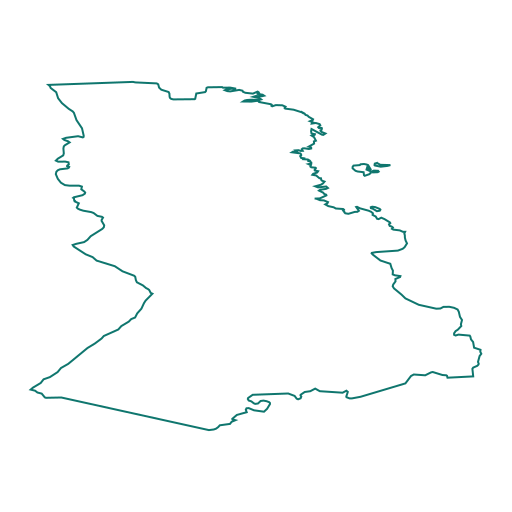 map outline of Karelia (Equal Earth projection)
{"feature_id": "RUS-2353", "entity_name": "Karelia", "entity_type": "Republic", "adm_level": 1, "iso_a3": "RUS", "parent_name": "Russia", "parent_adm1": "", "projection": "equal_earth", "projection_center": [34.102, 63.665], "detail": "fine", "context": "isolated", "style": "outline", "palette": "teal", "viewbox_px": 512, "rotation_deg": 0, "n_neighbors": 0, "source": "natural_earth", "source_scale": "10m", "svg_char_len": 5988}
<svg xmlns="http://www.w3.org/2000/svg" viewBox="0 0 512 512"><path d="M58.1,98.2L56.2,92.2L50.7,88.0L49.9,86.1L48.5,84.9L133.0,81.9L135.3,82.4L156.7,83.4L158.2,84.3L159.1,87.6L161.3,89.7L168.6,92.0L169.4,93.6L169.6,96.8L170.0,97.9L171.2,98.9L173.4,99.4L194.6,99.2L195.2,98.8L196.3,93.5L205.1,92.1L205.9,91.2L206.6,87.8L207.8,87.3L222.1,87.1L223.0,87.7L230.2,87.6L236.1,88.7L233.7,89.0L231.5,88.7L226.3,89.5L224.9,90.2L227.3,91.1L230.2,91.4L239.2,89.9L242.5,90.7L243.0,91.8L245.4,92.8L252.9,93.6L257.6,91.6L258.6,92.2L259.1,93.1L256.7,93.8L262.6,94.7L264.1,95.7L261.6,96.3L255.8,96.0L253.3,96.8L259.6,98.2L261.1,99.4L258.9,100.0L251.3,99.7L247.0,100.0L244.7,100.5L243.1,101.5L251.5,101.6L257.4,100.8L259.4,101.7L258.4,101.9L270.8,104.2L271.7,104.7L271.4,105.8L272.2,106.3L275.8,105.1L282.3,105.3L285.5,106.7L284.6,108.0L285.2,108.6L293.6,109.7L301.8,112.3L303.9,113.7L303.5,113.0L304.6,113.6L305.5,114.9L307.5,115.5L308.7,116.8L313.1,119.3L312.8,120.0L310.0,121.2L312.8,122.3L312.1,122.5L311.7,123.6L315.8,123.0L319.6,124.1L320.3,125.3L318.2,127.2L318.9,128.0L321.6,127.9L321.9,128.2L321.6,129.8L320.4,130.4L320.5,130.9L321.7,132.0L325.4,133.5L323.3,134.9L322.0,134.7L311.5,129.0L311.1,131.2L311.5,133.5L314.9,134.2L314.6,134.9L311.8,135.7L314.0,137.1L315.9,140.7L313.9,141.4L314.1,143.6L308.8,146.6L310.6,147.1L311.2,147.7L311.2,148.5L308.9,149.0L304.5,148.3L302.7,148.4L301.8,149.2L302.7,150.8L300.6,150.9L298.5,150.2L295.5,150.4L296.8,151.6L295.6,151.9L293.1,151.6L292.0,152.3L300.3,153.4L301.1,154.3L301.2,155.3L300.2,156.1L301.2,158.0L303.5,158.2L304.0,158.3L303.4,159.2L307.9,159.5L309.2,160.3L307.5,161.0L309.6,161.2L311.3,162.5L311.3,163.5L308.5,164.1L310.9,165.2L310.4,166.6L311.3,167.3L315.5,167.7L315.9,168.1L314.6,170.0L315.0,170.6L318.1,171.2L317.2,172.5L313.2,173.8L312.4,174.8L316.2,175.5L319.4,178.2L321.0,178.3L321.2,179.8L322.0,180.7L324.5,181.6L323.0,183.4L321.0,184.7L315.2,186.3L318.0,187.4L326.2,186.5L327.9,188.0L326.0,188.9L320.2,189.7L319.0,190.6L323.1,192.6L324.3,194.0L326.2,194.7L326.4,195.4L319.8,198.4L314.6,198.6L316.1,198.6L320.0,200.2L323.9,200.4L328.0,202.1L327.4,203.3L325.3,204.4L328.3,206.1L333.7,207.3L335.8,208.5L343.1,209.0L343.9,209.6L343.1,210.6L344.3,211.4L344.3,212.3L345.3,213.3L348.4,213.8L354.8,211.9L357.4,211.8L358.9,210.8L356.2,207.0L357.0,206.8L359.9,208.3L368.6,210.7L371.1,211.8L372.9,213.3L372.6,214.9L375.7,216.5L377.1,218.8L378.6,219.1L381.3,217.7L384.5,219.1L389.9,222.4L390.3,223.1L389.0,224.3L389.7,225.9L391.6,226.5L392.9,227.5L391.9,228.8L393.3,229.6L399.8,230.4L402.9,231.8L405.1,231.8L404.3,233.6L404.8,235.1L404.9,237.6L405.6,240.5L407.0,243.4L404.6,247.2L402.7,248.8L397.9,250.6L376.1,252.1L371.8,252.9L371.6,253.3L372.9,254.7L380.4,260.5L390.3,263.8L391.6,268.1L392.9,270.6L392.7,274.4L394.9,275.3L400.4,276.1L400.1,277.0L395.4,279.0L395.5,281.4L393.2,284.5L392.7,286.3L394.0,288.4L401.5,294.6L405.4,298.4L418.8,304.8L436.3,308.7L440.4,308.5L443.4,306.9L449.3,306.8L454.0,307.8L457.6,309.5L458.8,311.8L460.0,316.9L462.0,320.0L460.9,324.3L461.3,326.0L457.8,329.7L455.6,331.1L454.1,333.3L454.1,334.8L455.6,335.5L458.5,334.6L469.7,335.6L470.3,336.5L471.0,339.4L473.1,342.0L474.1,347.7L480.5,349.8L480.3,351.8L481.3,353.8L479.6,356.0L478.0,361.9L478.7,363.7L478.5,364.5L477.3,365.8L473.2,367.6L472.4,368.8L473.2,376.4L447.5,377.7L447.0,375.8L446.3,375.3L442.4,375.0L432.7,372.0L431.0,372.4L425.2,375.3L413.8,374.5L411.0,376.0L405.4,383.4L360.5,396.8L351.9,398.4L349.6,398.4L346.5,397.2L346.3,396.5L347.8,391.9L346.4,390.7L342.6,392.7L319.8,391.2L315.2,388.6L310.3,391.2L304.7,392.0L300.6,394.8L300.5,395.4L301.3,396.6L300.6,398.3L298.1,399.3L296.7,398.7L294.6,395.9L288.2,393.5L252.7,394.8L248.1,398.0L247.8,399.0L248.7,400.5L251.4,401.4L253.8,403.3L255.2,403.9L258.0,403.5L260.6,401.0L263.5,400.6L266.6,401.2L269.2,402.2L269.9,402.9L270.0,404.0L267.1,408.8L264.0,411.7L254.0,410.3L248.7,408.1L246.5,408.3L245.8,409.7L246.7,412.2L236.9,414.9L232.3,418.8L232.4,419.3L235.4,420.2L231.6,421.8L230.0,423.9L219.8,425.3L218.2,427.1L216.0,428.7L213.7,429.5L208.9,430.1L61.3,397.5L46.0,397.8L44.8,397.4L41.7,393.6L37.4,392.5L35.1,390.7L30.7,389.6L33.0,387.6L40.7,383.0L43.6,379.3L49.9,377.1L57.6,372.1L61.0,368.0L68.2,363.9L87.5,348.0L94.9,343.5L101.6,338.5L103.8,336.0L118.3,329.5L121.3,326.1L128.8,321.6L131.2,319.1L135.1,317.5L137.2,313.4L141.4,308.7L144.0,303.1L145.6,300.6L152.4,293.7L150.7,292.9L149.2,290.0L147.9,289.0L146.1,288.1L142.9,285.4L136.9,282.3L135.9,280.2L135.2,276.7L134.1,275.7L122.5,271.3L114.8,266.2L96.6,260.6L92.6,257.1L85.7,254.3L73.7,246.5L72.7,245.0L76.4,243.8L84.1,242.1L87.4,239.9L90.7,236.2L102.3,228.9L103.8,227.3L104.2,225.3L101.6,220.9L101.6,220.0L103.0,217.6L101.9,216.8L97.4,215.9L93.6,213.0L91.2,212.1L83.3,210.7L79.8,209.6L77.8,208.6L76.8,207.6L78.8,203.3L74.9,201.5L75.0,201.0L74.3,200.7L73.9,198.2L73.2,197.8L73.8,197.3L82.5,195.2L84.8,193.7L85.2,192.6L84.3,191.5L81.3,189.3L81.9,186.6L79.1,185.7L69.8,185.7L64.9,185.1L60.9,182.7L57.8,178.8L55.8,174.1L56.4,171.7L57.9,170.2L60.0,169.3L67.6,168.4L68.9,167.6L69.2,166.9L67.1,166.1L67.2,165.6L68.8,164.4L68.5,162.3L65.2,161.6L58.2,161.7L55.9,160.6L57.8,158.7L63.2,155.4L63.8,153.4L63.4,148.5L63.8,146.4L64.8,145.3L69.6,142.4L68.1,141.3L64.4,140.0L63.0,138.9L66.1,137.8L78.1,136.2L82.8,137.4L83.6,136.9L83.7,135.7L82.0,128.3L76.5,120.1L73.9,112.8L72.7,111.4L68.7,108.8L61.9,103.1L58.1,98.2ZM370.4,171.2L370.7,173.0L369.3,174.2L364.7,175.8L364.0,175.2L363.6,172.2L357.6,171.5L355.5,170.8L352.6,168.3L352.6,166.9L353.5,165.6L359.8,165.1L360.5,164.3L364.0,164.0L366.6,164.5L368.1,165.1L370.7,169.4L370.2,170.1L369.6,169.9L367.2,167.3L366.5,169.6L370.4,171.2ZM380.3,164.8L390.4,165.1L387.5,165.9L380.7,166.7L374.9,165.5L374.5,165.1L374.8,163.6L376.8,163.0L376.8,163.4L377.8,163.4L380.3,164.8ZM375.2,207.1L379.7,208.9L380.4,209.7L379.8,210.7L376.9,211.2L373.0,208.8L370.9,208.1L370.8,207.2L372.2,206.7L375.2,207.1ZM378.1,170.8L378.7,171.6L377.7,172.2L372.8,172.4L372.0,171.4L373.8,170.6L378.1,170.8Z" fill="none" stroke="#0f766e" stroke-width="2"/></svg>